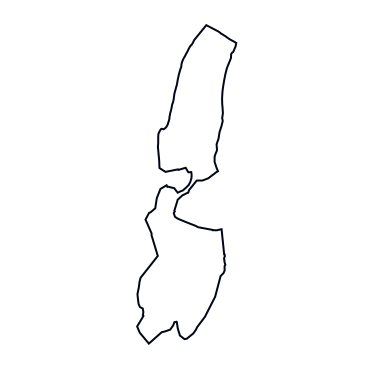 Raydah, Amran, Yemen (Equal Earth projection), rotated 208°
{"feature_id": "15242507B40923002776942", "entity_name": "Raydah", "entity_type": "district", "adm_level": 2, "iso_a3": "YEM", "parent_name": "Yemen", "parent_adm1": "Amran", "projection": "equal_earth", "projection_center": [44.059, 15.769], "detail": "fine", "context": "isolated", "style": "outline", "palette": "ink", "viewbox_px": 384, "rotation_deg": 208, "n_neighbors": 0, "source": "geoboundaries", "source_scale": "gbopen_adm2", "svg_char_len": 3657}
<svg xmlns="http://www.w3.org/2000/svg" viewBox="0 0 384 384"><g transform="rotate(208 192 192)"><path d="M257.7,346.0L261.4,327.2L261.4,326.4L261.3,325.3L261.3,324.1L261.3,323.1L261.4,322.2L261.6,321.3L261.9,320.4L262.0,319.4L262.1,318.3L262.1,317.4L262.1,316.6L262.1,315.8L262.0,314.9L262.0,313.8L262.0,313.0L262.0,312.1L262.1,311.2L262.1,310.8L262.0,310.1L262.0,308.7L262.0,307.9L262.1,306.9L262.1,305.8L262.1,305.0L262.0,304.1L261.9,303.1L261.8,302.2L261.6,301.2L261.4,300.4L261.1,299.4L260.6,298.4L260.3,297.5L260.1,296.7L260.0,295.8L259.9,294.9L259.7,293.8L259.4,292.5L259.1,291.4L259.0,290.6L258.7,289.4L258.5,288.6L258.2,287.8L258.0,286.9L257.7,285.9L257.4,284.9L257.2,284.0L256.9,283.3L256.6,282.5L256.3,281.4L256.0,280.5L256.0,280.4L255.8,279.7L255.5,278.9L255.4,278.1L255.2,277.0L255.0,276.1L254.7,275.2L254.5,274.0L254.3,273.1L254.0,271.8L253.7,270.8L253.5,269.8L253.1,269.0L252.8,268.1L252.5,267.3L252.2,266.4L251.8,265.5L251.5,264.6L251.2,263.7L251.0,262.9L250.8,262.0L250.7,261.1L250.7,260.9L250.6,259.8L250.3,259.0L250.0,258.2L249.7,257.2L249.5,256.4L249.2,255.6L249.0,254.8L248.7,253.6L248.5,252.6L248.3,251.6L248.0,250.8L247.9,250.3L247.9,250.2L247.7,249.7L247.5,249.0L247.5,248.9L247.2,248.0L246.9,247.2L246.5,246.4L246.2,245.4L246.0,244.6L245.8,243.6L245.6,242.7L245.5,242.2L245.5,241.7L245.2,240.7L245.1,240.1L245.2,237.2L245.7,235.6L246.2,234.6L246.6,234.0L247.3,233.9L248.0,233.8L248.6,233.4L248.9,232.9L249.1,231.4L249.0,227.7L248.4,226.4L248.2,225.8L244.5,218.7L243.4,216.0L235.7,204.3L232.0,197.9L224.9,197.3L215.0,205.4L214.4,205.1L209.0,210.4L204.5,207.7L202.0,209.2L200.8,207.6L200.0,206.2L199.0,204.0L198.5,201.5L198.2,199.8L198.2,196.7L199.3,193.0L200.8,189.1L203.0,186.5L204.2,184.7L206.2,185.5L209.4,187.0L215.9,185.4L216.2,185.0L217.6,186.0L221.3,179.9L220.9,176.3L220.2,170.0L216.8,160.4L219.0,154.7L220.1,153.4L220.1,145.8L208.4,136.6L207.3,134.7L192.2,119.5L192.7,116.5L197.1,92.3L197.0,91.5L196.1,87.9L194.2,82.9L193.6,80.9L193.2,79.5L192.1,76.0L188.7,71.0L188.1,70.1L186.4,67.9L184.0,66.0L180.8,66.0L178.6,63.2L177.4,59.8L176.7,59.7L177.3,47.5L172.0,43.2L158.9,37.9L152.9,54.0L150.4,56.2L146.6,60.3L146.0,65.4L146.4,68.8L145.4,69.6L144.7,70.2L144.4,70.1L143.3,68.6L140.7,65.1L138.3,62.6L135.3,59.6L129.6,58.6L127.8,59.9L124.4,67.8L123.9,72.1L124.0,75.1L121.9,88.5L122.0,89.1L122.4,110.4L127.3,131.3L126.1,135.1L126.3,137.9L128.4,141.8L128.4,143.4L130.2,145.2L132.6,148.6L132.8,150.6L133.8,152.1L134.3,152.0L148.4,173.0L149.8,171.9L152.0,169.9L155.2,168.3L155.6,168.1L155.7,168.3L169.4,164.0L169.9,163.8L173.1,163.8L182.3,162.7L191.8,161.8L194.7,162.0L195.5,162.2L198.2,164.8L198.1,166.8L198.8,167.2L200.5,176.1L201.0,178.4L199.0,184.3L195.7,189.0L195.0,189.6L195.5,192.3L193.2,204.3L188.1,207.1L184.1,211.7L180.5,219.4L180.3,220.1L178.8,222.6L179.2,222.9L180.0,223.5L181.8,225.0L186.2,229.2L188.7,234.0L189.2,237.2L189.4,239.9L189.6,240.5L189.7,240.9L192.7,245.7L193.6,251.5L195.8,257.8L196.8,263.5L198.2,269.1L200.1,271.5L201.7,276.1L204.8,281.1L206.6,283.8L209.4,288.8L211.8,294.0L213.3,297.7L215.1,302.9L216.1,305.9L217.8,311.5L219.2,317.2L219.5,319.0L219.9,323.2L220.5,328.6L222.1,332.0L222.2,333.0L221.7,334.4L221.4,335.0L221.4,335.6L221.9,341.1L222.9,344.4L223.7,344.4L224.5,344.5L225.1,344.5L226.0,344.5L226.7,344.5L227.5,344.5L228.3,344.5L228.9,344.5L229.6,344.5L230.3,344.6L231.0,344.6L231.8,344.7L232.4,344.8L233.2,344.9L233.9,345.0L234.5,345.0L235.1,345.2L236.1,345.3L237.0,345.3L237.7,345.3L238.4,345.4L239.2,345.5L239.9,345.5L240.6,345.5L241.2,345.6L241.8,345.8L242.6,345.9L243.3,346.0L244.2,346.1L244.8,346.1L245.7,346.1L246.6,346.1L257.7,346.0Z" fill="none" stroke="#020617" stroke-width="2"/></g></svg>